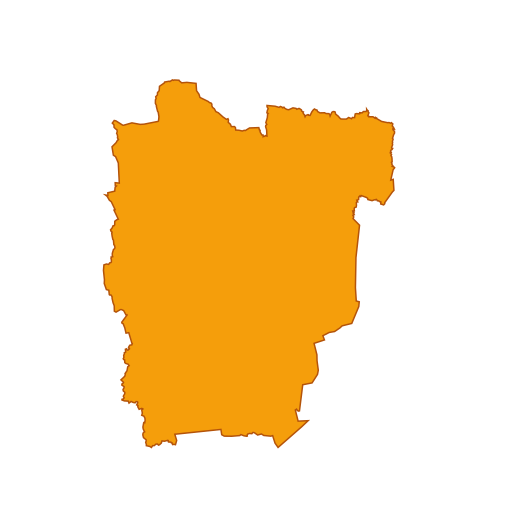 Libertador General San Martín, San Luis, Argentina (Robinson projection), rotated 166°
{"feature_id": "61730980B21399673280914", "entity_name": "Libertador General San Martín", "entity_type": "district", "adm_level": 2, "iso_a3": "ARG", "parent_name": "Argentina", "parent_adm1": "San Luis", "projection": "robinson", "projection_center": [-65.814, -32.574], "detail": "fine", "context": "isolated", "style": "filled", "palette": "amber", "viewbox_px": 512, "rotation_deg": 166, "n_neighbors": 0, "source": "geoboundaries", "source_scale": "gbopen_adm2", "svg_char_len": 6089}
<svg xmlns="http://www.w3.org/2000/svg" viewBox="0 0 512 512"><g transform="rotate(166 256 256)"><path d="M406.8,236.7L405.4,235.4L400.5,236.8L399.4,236.5L397.6,235.0L396.3,229.8L394.8,230.4L402.2,224.3L402.3,223.9L402.2,223.1L401.3,222.5L400.7,217.9L400.8,212.6L398.0,212.4L397.5,201.0L397.3,200.9L398.0,199.8L399.9,200.0L401.1,199.0L402.0,197.7L401.3,197.2L401.2,196.6L403.1,195.6L403.7,195.9L404.2,197.3L405.3,197.1L405.7,194.3L407.2,194.0L407.4,192.8L408.4,191.7L408.7,189.6L409.7,188.4L409.4,187.5L408.6,187.0L409.1,184.3L408.4,183.3L406.3,182.0L405.6,180.3L407.3,179.5L408.9,175.9L411.4,173.7L411.2,173.4L412.4,171.1L417.0,168.5L415.1,165.5L415.9,164.6L417.0,164.3L417.4,163.2L415.6,161.2L415.9,160.1L417.3,158.7L417.4,157.1L416.4,155.8L416.3,155.0L417.1,153.5L418.1,152.8L418.7,151.8L418.2,150.3L419.4,149.4L420.7,149.4L420.9,148.7L418.7,147.2L415.1,146.1L414.8,144.0L412.4,145.1L410.6,143.6L408.8,142.8L407.6,143.7L406.7,143.5L406.2,143.1L406.2,142.2L407.8,140.4L406.7,139.5L407.2,138.3L406.5,135.5L403.9,135.8L402.8,135.2L403.0,134.7L403.5,134.8L404.1,134.2L404.3,131.0L405.4,129.1L403.5,127.7L403.0,125.4L403.4,123.2L404.3,121.2L404.8,121.7L405.3,121.4L407.1,117.4L407.3,115.4L406.6,112.3L407.8,112.0L408.5,111.3L409.1,109.8L409.1,107.0L407.1,104.3L407.3,103.0L408.1,102.0L408.0,99.5L408.3,98.5L405.1,96.9L403.8,95.5L402.2,97.0L400.7,96.6L398.5,97.7L397.0,97.3L396.4,96.1L395.3,96.2L393.1,97.4L392.0,99.3L389.5,98.4L386.2,98.5L385.8,98.2L386.1,97.1L385.9,96.7L383.6,96.0L383.4,95.2L382.6,94.9L382.7,93.9L382.4,93.1L381.3,93.2L379.8,92.4L377.6,96.2L377.9,102.7L332.0,96.2L332.5,90.9L330.4,88.9L323.2,87.0L315.2,85.7L313.9,86.4L311.1,84.4L308.5,83.3L308.0,83.4L307.9,84.4L307.2,85.2L305.3,85.4L303.0,84.6L301.9,85.5L301.3,85.4L300.4,85.0L297.7,81.9L293.8,82.0L291.9,80.0L285.2,77.6L283.3,77.7L282.8,69.8L280.9,64.9L253.1,79.2L245.3,83.6L255.1,85.6L255.1,97.1L253.7,97.6L253.2,96.0L252.2,95.2L251.3,95.2L241.8,119.8L232.3,119.3L225.0,126.2L223.2,130.1L222.1,139.7L220.8,145.4L220.8,157.2L209.9,158.0L210.4,162.5L203.4,164.1L198.0,163.7L192.0,165.9L189.3,167.4L179.4,167.4L168.5,182.1L166.9,186.6L169.6,188.1L167.2,201.2L159.4,230.3L148.1,260.8L152.8,268.8L151.7,270.2L152.2,272.1L150.7,272.3L151.3,274.0L150.5,274.1L150.3,274.7L151.2,275.3L151.3,276.3L149.6,276.1L149.4,277.8L148.7,279.1L147.0,279.2L146.3,280.7L145.7,283.6L145.0,284.0L144.2,283.9L144.7,285.8L142.8,285.9L142.1,288.3L140.8,289.1L140.6,288.4L140.0,288.2L139.3,289.2L134.7,286.1L133.7,284.9L133.8,283.7L130.0,281.6L127.5,281.9L126.6,281.5L125.7,281.9L125.3,281.5L124.9,280.2L123.5,279.8L123.1,278.9L121.8,278.3L122.4,276.3L119.8,274.7L118.4,275.6L118.2,276.6L108.1,285.2L106.3,286.3L104.3,297.2L106.9,297.0L102.1,306.5L100.1,308.1L100.6,309.0L102.0,309.9L101.3,310.2L102.0,311.9L101.7,313.1L101.9,314.2L101.1,314.5L100.4,318.0L100.3,319.7L100.8,320.7L99.9,321.8L100.8,323.5L99.7,323.8L100.1,325.0L99.7,325.9L98.2,326.4L97.4,327.3L98.2,327.7L98.2,328.5L96.5,330.9L96.5,332.3L96.0,332.9L95.9,334.2L94.7,336.2L95.1,337.1L93.1,340.4L91.8,341.8L91.5,343.4L92.6,345.5L92.3,346.4L91.1,345.7L91.5,347.6L92.3,349.2L91.3,351.1L92.4,352.6L93.1,352.2L94.6,353.3L96.0,353.5L101.6,356.2L105.6,360.1L105.6,360.8L106.5,360.6L106.8,361.6L107.4,361.1L108.8,362.8L112.8,363.8L112.7,364.3L113.6,365.0L111.8,367.6L112.3,368.7L112.1,369.9L112.7,370.4L113.1,371.6L113.4,370.2L114.3,369.6L116.9,370.2L118.4,369.2L120.7,370.0L120.8,369.0L121.1,368.9L124.1,369.9L125.4,369.8L126.9,366.4L128.9,367.1L130.1,366.1L132.6,368.0L135.1,367.0L138.8,367.9L140.4,368.4L141.1,369.2L142.5,372.0L144.4,374.4L144.4,376.6L144.8,377.0L146.2,377.5L147.6,377.1L150.2,373.9L150.2,375.5L150.8,376.5L153.6,377.3L154.8,378.4L159.3,379.4L161.3,381.3L161.6,383.0L162.7,383.4L163.6,384.5L164.8,384.1L167.0,382.3L169.5,379.3L170.9,379.8L170.9,380.3L171.3,380.6L173.8,380.3L174.7,379.3L174.9,381.4L175.6,382.7L175.7,383.9L175.2,384.3L176.7,385.6L176.6,386.8L178.2,388.6L179.0,388.8L180.9,388.5L181.4,389.5L184.3,390.8L188.9,390.0L190.7,390.8L192.8,392.9L192.7,393.4L193.5,393.7L194.4,393.4L194.9,394.3L196.2,395.2L197.6,394.6L201.2,396.7L208.9,399.4L209.2,398.1L208.5,396.0L209.7,394.6L210.8,392.3L209.9,391.5L210.2,391.4L211.6,387.4L214.2,383.0L213.7,381.0L214.9,380.3L215.4,379.2L215.2,375.9L216.4,369.7L217.7,370.6L218.7,370.0L219.7,370.5L220.1,370.2L219.9,371.7L221.0,372.0L221.8,374.5L222.0,375.9L221.6,377.0L222.2,377.5L222.2,379.9L231.3,381.8L236.1,380.3L237.0,380.8L239.1,380.6L242.0,382.1L245.2,383.1L244.9,385.7L245.6,386.8L248.6,387.5L249.0,390.1L250.6,392.4L249.8,394.6L250.0,396.0L251.6,395.7L254.4,398.9L257.9,404.1L260.0,405.8L260.8,408.9L262.2,410.7L262.5,412.4L262.1,414.0L262.5,415.2L264.0,416.1L265.0,417.5L272.0,423.4L272.2,426.8L273.7,430.7L272.4,438.0L281.1,441.2L286.2,442.0L288.0,444.4L288.2,445.2L292.9,446.6L293.6,446.4L294.5,447.1L297.4,446.1L297.9,446.6L302.6,446.9L303.1,446.1L308.6,444.0L309.9,439.9L312.1,438.3L312.7,436.1L314.8,434.8L314.8,433.0L315.8,431.9L316.7,428.5L316.2,426.0L316.5,425.2L316.5,420.2L316.1,419.2L316.5,414.6L317.9,410.7L318.4,410.3L332.7,411.0L336.5,411.7L344.2,415.2L353.0,414.9L353.6,415.1L359.2,421.0L360.8,421.8L363.3,419.7L362.1,417.7L362.6,415.2L361.5,413.3L360.4,412.1L360.6,410.2L361.6,408.6L361.2,407.4L361.4,404.9L361.9,404.2L361.3,402.5L361.8,402.4L362.0,401.7L363.0,401.3L364.2,399.9L369.3,396.8L370.0,388.3L368.2,386.4L367.1,379.6L371.0,359.8L374.9,361.2L375.5,358.4L374.5,357.7L376.0,356.9L377.4,353.1L384.5,353.2L385.0,350.6L387.3,351.6L386.0,349.9L384.8,345.6L383.3,343.7L381.5,335.0L382.7,334.9L380.7,325.0L382.2,324.9L384.6,323.9L385.6,320.4L386.5,319.7L387.4,319.9L388.9,317.9L390.8,316.6L390.6,314.9L389.9,314.0L390.5,312.9L390.8,310.0L390.9,306.7L390.5,305.9L391.2,301.3L390.7,300.6L390.8,298.3L391.5,297.3L392.7,296.8L394.8,293.3L395.3,291.2L395.2,290.0L396.9,290.0L396.9,289.2L397.4,288.4L397.2,287.5L397.8,285.1L398.5,284.7L399.7,284.7L401.0,283.5L403.1,284.4L405.7,284.2L407.5,278.9L408.8,269.6L409.9,266.0L409.3,259.6L407.1,258.4L407.7,254.0L407.3,253.5L406.2,253.3L405.5,251.4L405.9,249.6L406.0,245.2L405.6,242.0L406.8,236.7Z" fill="#f59e0b" stroke="#b45309" stroke-width="1.5"/></g></svg>